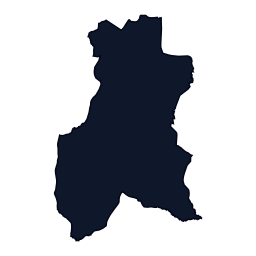 Mueang Buri Ram, Buri Ram, Thailand (Natural Earth projection)
{"feature_id": "78962969B95913891709338", "entity_name": "Mueang Buri Ram", "entity_type": "district", "adm_level": 2, "iso_a3": "THA", "parent_name": "Thailand", "parent_adm1": "Buri Ram", "projection": "natural_earth1", "projection_center": [103.104, 14.948], "detail": "fine", "context": "isolated", "style": "filled", "palette": "ink", "viewbox_px": 256, "rotation_deg": 0, "n_neighbors": 0, "source": "geoboundaries", "source_scale": "gbopen_adm2", "svg_char_len": 5729}
<svg xmlns="http://www.w3.org/2000/svg" viewBox="0 0 256 256"><path d="M161.4,29.1L161.1,17.9L160.9,18.0L161.0,18.4L160.9,18.5L160.7,18.0L160.1,17.8L160.0,18.2L159.1,18.4L158.8,18.6L158.5,19.2L158.5,19.4L157.9,18.2L157.5,18.0L157.2,17.4L153.7,17.8L149.9,17.8L148.1,17.3L147.1,16.7L146.2,15.8L145.2,15.4L143.0,15.5L140.9,15.4L140.2,16.0L139.5,19.0L137.8,21.0L136.9,21.7L135.3,22.0L131.3,21.6L130.5,21.2L129.4,19.9L128.7,20.0L125.6,24.7L123.8,27.7L121.3,30.3L106.1,20.3L105.6,20.9L105.1,20.9L104.7,21.3L102.9,21.6L101.5,22.0L100.3,23.2L98.8,23.4L98.5,27.4L97.9,29.5L96.0,30.2L93.5,31.5L92.4,31.7L91.4,31.7L89.2,33.1L89.0,34.3L88.2,36.7L89.4,37.1L89.8,38.5L90.1,38.8L90.5,39.5L90.4,40.2L90.8,40.4L90.8,40.6L90.8,42.9L91.7,43.6L91.6,44.1L92.0,44.2L92.5,44.6L92.7,45.3L92.9,45.3L93.1,45.7L93.6,45.9L93.9,46.5L94.2,46.5L93.8,50.1L94.0,50.2L93.7,51.9L94.0,52.1L93.9,53.2L93.6,55.3L93.3,56.0L97.8,56.7L98.6,56.4L99.4,56.3L100.3,55.8L99.0,60.6L94.9,67.2L94.3,71.7L94.6,74.7L95.7,77.4L96.0,77.9L97.3,79.0L100.3,81.3L100.8,82.3L101.2,84.3L99.4,89.2L96.7,94.0L95.7,95.4L93.3,97.6L91.5,100.3L90.9,102.1L90.6,105.6L90.0,107.2L89.2,112.3L87.2,119.0L85.0,122.6L83.7,123.6L83.4,123.7L83.2,123.5L82.9,123.6L82.6,123.5L82.0,124.2L81.6,124.4L81.1,125.9L80.1,126.4L79.1,126.7L78.9,126.6L78.7,126.7L78.6,127.5L77.3,127.9L77.1,128.4L76.1,128.4L75.9,128.8L75.7,128.5L75.1,128.6L75.0,127.9L74.7,127.7L73.1,128.5L72.4,130.0L71.8,131.9L70.9,133.2L70.5,133.6L70.0,133.4L69.7,133.8L68.7,134.2L66.4,134.5L63.5,135.6L61.8,135.6L60.3,135.5L59.7,135.2L57.8,143.5L57.8,145.6L58.2,148.6L58.2,153.7L58.6,156.8L57.6,160.4L57.6,161.7L57.3,163.9L56.7,165.6L55.6,169.3L55.5,170.3L55.6,172.9L56.7,179.6L56.8,182.5L55.8,189.8L54.6,192.8L54.6,193.3L55.0,194.8L56.3,197.7L57.0,200.1L57.4,202.2L57.7,202.6L57.4,205.4L57.4,207.1L57.6,208.3L57.5,209.4L58.3,210.0L58.6,210.5L58.7,211.2L59.2,211.5L59.2,212.3L59.5,212.8L59.9,212.6L60.4,212.6L61.4,213.8L62.3,214.4L62.9,214.4L62.9,215.2L63.2,215.9L64.2,216.3L64.6,216.9L65.6,217.2L66.4,217.7L70.6,221.9L71.3,222.8L71.7,224.3L71.8,228.0L71.5,230.7L71.6,231.2L71.0,233.4L71.1,234.5L71.3,234.7L70.9,236.2L72.7,236.4L72.4,237.4L72.5,237.6L75.4,238.1L75.2,238.6L75.8,238.5L75.8,239.6L76.3,239.5L76.3,240.6L77.8,240.5L78.8,240.6L79.0,239.4L80.5,239.3L81.4,239.0L83.8,237.1L83.7,236.4L84.2,236.4L84.4,236.1L85.4,235.6L85.8,235.6L86.2,235.2L86.6,235.1L87.8,235.5L89.0,235.5L89.2,235.1L90.5,234.7L90.8,234.9L91.0,234.7L91.0,233.7L92.0,233.1L93.7,231.2L94.6,230.7L99.0,229.9L100.9,229.1L102.9,228.1L106.1,225.7L106.6,221.6L107.8,218.9L109.9,215.0L114.6,208.4L117.8,204.2L118.9,202.2L119.0,199.4L119.2,197.7L119.6,196.2L120.7,193.8L121.5,192.5L122.1,192.1L122.9,192.0L123.8,192.5L126.1,194.4L128.5,196.0L130.1,196.6L134.8,197.7L137.0,198.5L137.8,199.3L138.0,200.5L138.5,200.6L138.7,200.9L140.6,201.0L141.0,201.4L142.0,203.7L143.1,205.6L144.2,206.8L147.6,207.1L151.0,206.7L155.1,207.3L156.6,207.2L157.1,206.5L158.7,207.2L161.2,208.0L162.3,209.0L163.5,208.9L163.6,208.7L164.5,208.9L165.1,208.8L165.1,209.1L165.7,209.1L165.8,209.5L166.5,209.5L166.7,209.8L166.8,209.6L167.3,209.5L168.2,209.7L168.5,209.9L168.6,210.6L169.4,211.3L170.5,211.9L170.5,212.2L171.2,212.9L171.6,213.0L171.7,213.5L171.5,214.0L172.6,214.5L172.5,215.0L173.3,215.4L173.7,215.3L174.2,215.4L174.6,215.9L174.6,216.5L175.4,216.9L175.8,216.6L176.2,216.7L178.6,218.2L178.9,218.5L179.1,219.2L179.5,219.6L179.8,219.2L180.7,219.5L182.1,220.6L182.2,220.9L182.9,220.9L183.3,221.2L184.6,220.3L185.2,220.6L185.7,220.4L185.9,220.8L187.2,220.0L187.7,219.5L188.6,219.2L188.8,219.2L188.8,219.4L189.5,219.5L189.9,219.5L190.2,219.2L190.6,219.4L191.2,219.2L191.6,219.3L192.0,218.9L192.6,218.9L193.3,218.4L193.5,218.5L193.8,218.4L194.2,218.7L194.6,218.7L194.7,218.9L195.0,218.6L195.5,218.5L195.9,218.9L197.0,219.0L197.2,219.4L197.7,219.5L198.0,219.1L198.4,219.1L198.7,218.8L199.2,218.7L199.4,218.2L199.7,218.2L199.8,217.9L201.4,218.4L201.4,218.0L200.9,218.1L200.7,217.8L200.8,217.2L200.6,216.9L200.3,216.8L200.1,216.6L199.9,216.7L199.7,216.5L199.2,216.6L198.3,215.5L197.9,215.7L196.2,215.4L195.7,214.8L195.4,213.9L195.2,213.9L195.1,213.5L195.2,212.9L194.8,212.7L195.3,212.4L195.1,212.1L195.0,210.3L194.8,209.8L194.4,209.4L193.5,209.5L192.5,208.2L192.6,205.8L192.2,204.5L192.0,204.1L191.7,204.2L191.6,203.8L191.1,203.5L191.1,203.3L190.8,203.0L190.2,202.9L190.2,201.7L189.8,201.0L189.6,201.1L189.2,200.6L189.1,199.7L188.5,199.1L188.5,197.1L189.0,194.9L189.0,192.5L188.6,190.0L184.0,184.8L183.0,181.1L183.0,179.1L183.3,176.8L184.1,173.7L185.9,168.4L186.8,165.8L187.3,164.9L190.5,161.3L190.6,157.0L192.0,155.4L190.2,154.8L188.4,153.1L185.3,151.7L181.8,148.7L180.7,147.6L179.3,146.9L178.1,145.9L176.7,145.8L176.2,144.8L176.2,144.3L176.8,135.1L176.6,133.2L175.8,131.9L170.3,126.4L170.7,125.2L170.3,124.8L171.8,123.1L173.4,123.6L172.6,118.6L174.5,118.6L174.2,116.4L173.2,114.3L173.5,114.3L174.3,111.4L172.9,111.7L173.5,110.2L175.2,108.4L175.6,106.4L179.8,95.3L187.9,89.1L189.6,87.0L189.9,86.3L189.3,85.8L189.3,85.0L188.9,84.4L188.9,83.5L189.9,83.3L190.2,82.2L192.0,82.5L192.2,82.4L192.4,81.8L192.7,81.7L192.7,80.6L192.9,80.3L192.7,79.5L192.9,79.0L192.5,78.7L192.1,78.0L191.9,78.0L192.2,77.8L192.1,77.6L191.8,77.6L191.5,77.9L191.3,77.7L191.8,76.6L191.6,76.5L191.3,76.7L191.3,76.3L191.5,75.8L192.0,75.4L192.1,75.0L190.8,73.5L191.3,73.1L191.4,72.7L191.8,71.6L193.1,71.7L192.9,71.4L192.9,69.7L193.5,68.6L193.1,68.2L192.9,67.2L192.5,66.4L192.3,66.3L192.3,65.9L191.7,65.4L191.9,64.6L191.4,62.6L192.0,61.3L191.9,60.8L191.5,59.8L190.9,59.3L190.7,58.6L191.1,58.6L190.9,58.4L191.0,57.8L190.8,57.7L190.5,57.8L190.4,57.3L190.1,57.2L189.9,56.8L187.8,56.0L178.6,56.4L171.5,55.7L168.4,55.0L163.4,53.5L162.6,52.8L160.9,47.9L160.7,46.9L160.7,43.4L161.4,29.1Z" fill="#0f172a" stroke="#020617" stroke-width="1.5"/></svg>